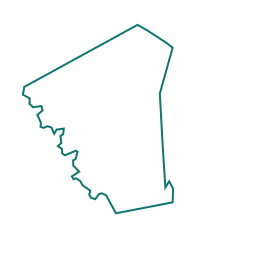 the district of Burnet, Texas, United States of America, rotated 332°
{"feature_id": "52423323B41129730997096", "entity_name": "Burnet", "entity_type": "district", "adm_level": 2, "iso_a3": "USA", "parent_name": "United States of America", "parent_adm1": "Texas", "projection": "mercator", "projection_center": [-98.33, 30.731], "detail": "fine", "context": "isolated", "style": "outline", "palette": "teal", "viewbox_px": 256, "rotation_deg": 332, "n_neighbors": 0, "source": "geoboundaries", "source_scale": "gbopen_adm2", "svg_char_len": 740}
<svg xmlns="http://www.w3.org/2000/svg" viewBox="0 0 256 256"><g transform="rotate(332 128 128)"><path d="M132.5,214.6L139.3,202.8L139.3,194.4L133.1,198.0L151.0,158.4L172.3,112.5L205.1,78.1L202.2,71.5L191.1,51.3L184.8,41.4L55.7,43.0L50.9,49.2L55.1,55.9L52.4,60.3L53.9,65.1L61.8,67.9L60.8,72.4L54.2,73.8L53.5,82.7L51.3,85.9L53.6,88.3L57.7,88.6L60.6,91.5L60.1,98.4L64.2,95.9L71.0,98.4L67.8,103.1L64.6,103.3L62.0,110.0L57.6,111.1L59.9,115.5L58.0,119.5L59.5,122.5L71.4,123.6L72.2,125.3L67.2,130.8L64.4,130.8L62.0,135.6L64.4,143.6L55.8,144.4L55.8,147.5L58.4,148.0L60.8,152.2L61.1,157.5L65.3,165.7L62.5,168.6L62.7,172.4L65.7,175.5L71.3,172.7L74.1,173.3L77.1,177.1L77.3,197.6L132.5,214.6Z" fill="none" stroke="#0f766e" stroke-width="2"/></g></svg>